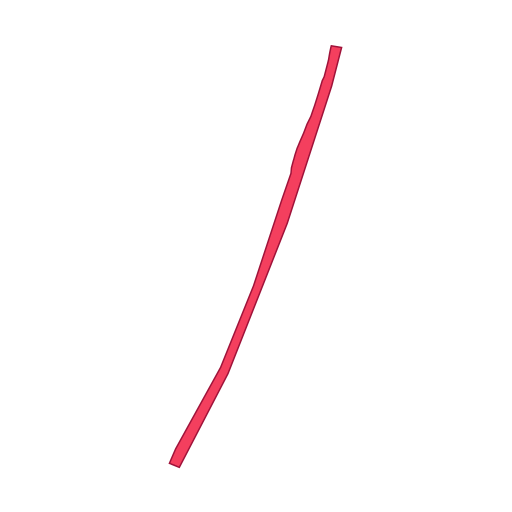 North Coast, Matruh, Egypt (Albers equal-area conic projection), rotated 320°
{"feature_id": "37247803B38142631960117", "entity_name": "North Coast", "entity_type": "district", "adm_level": 2, "iso_a3": "EGY", "parent_name": "Egypt", "parent_adm1": "Matruh", "projection": "albers", "projection_center": [29.511, 30.938], "detail": "fine", "context": "isolated", "style": "filled", "palette": "rose", "viewbox_px": 512, "rotation_deg": 320, "n_neighbors": 0, "source": "geoboundaries", "source_scale": "gbopen_adm2", "svg_char_len": 623}
<svg xmlns="http://www.w3.org/2000/svg" viewBox="0 0 512 512"><g transform="rotate(320 256 256)"><path d="M448.8,143.4L447.1,144.6L442.8,148.0L440.8,149.7L438.0,152.1L435.3,154.1L432.9,155.8L423.5,162.5L421.5,163.4L419.6,164.2L408.2,171.7L397.7,178.4L392.5,181.5L387.9,184.3L379.9,187.8L379.0,188.3L371.5,192.5L362.8,196.8L359.2,198.7L356.8,199.9L350.9,203.6L347.2,206.2L345.9,207.0L339.9,211.2L336.8,214.3L335.9,215.2L311.5,229.8L234.9,277.3L157.3,318.6L70.5,352.1L61.1,356.8L56.4,359.2L61.4,368.6L158.9,328.1L301.0,251.0L423.1,174.5L455.6,151.3L448.8,143.4Z" fill="#f43f5e" stroke="#9f1239" stroke-width="1.5"/></g></svg>